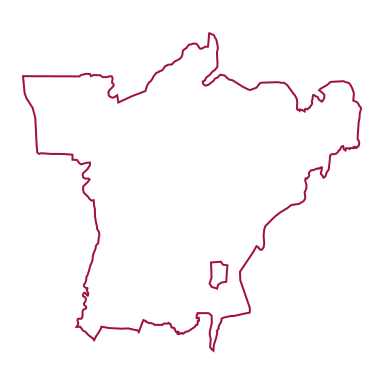 the district of Kailo, Maniema, Democratic Republic of the Congo
{"feature_id": "63176286B17504702690240", "entity_name": "Kailo", "entity_type": "district", "adm_level": 2, "iso_a3": "COD", "parent_name": "Democratic Republic of the Congo", "parent_adm1": "Maniema", "projection": "equal_earth", "projection_center": [25.788, -2.56], "detail": "fine", "context": "isolated", "style": "outline", "palette": "rose", "viewbox_px": 384, "rotation_deg": 0, "n_neighbors": 0, "source": "geoboundaries", "source_scale": "gbopen_adm2", "svg_char_len": 5869}
<svg xmlns="http://www.w3.org/2000/svg" viewBox="0 0 384 384"><path d="M359.8,113.1L360.9,109.4L361.0,108.5L360.7,107.4L359.5,106.0L357.7,102.9L356.5,101.9L353.3,100.6L353.9,93.1L352.1,88.1L350.8,85.5L349.2,83.2L343.2,81.2L330.5,81.9L327.4,84.8L320.8,88.6L319.1,90.1L322.6,93.0L323.9,94.3L324.4,95.1L324.3,98.0L322.4,101.3L321.5,101.6L320.8,100.6L319.3,100.1L317.6,97.1L317.0,96.6L315.8,96.4L313.9,94.9L313.2,95.0L312.8,96.1L312.5,99.1L311.8,101.2L312.2,103.1L312.1,103.8L311.3,105.2L310.2,106.4L310.0,107.4L309.1,107.8L307.4,109.4L306.1,108.8L305.5,108.8L305.0,109.4L304.7,111.4L303.7,110.7L302.9,110.6L302.2,109.8L300.1,110.4L300.0,109.5L299.6,109.5L299.3,110.6L298.5,109.6L297.7,109.8L297.1,109.2L297.0,106.3L297.3,102.5L296.7,98.7L294.7,95.0L293.8,94.2L287.3,85.2L284.1,82.8L281.1,82.8L279.2,82.3L276.5,82.2L261.3,82.7L259.8,83.3L256.6,87.6L250.2,90.0L248.5,89.6L242.9,86.8L232.4,80.2L229.2,79.6L226.4,77.3L224.9,75.6L220.3,74.7L217.6,77.5L215.0,78.7L214.5,79.1L213.9,80.5L208.4,84.8L205.7,85.6L204.4,85.2L203.0,83.6L202.8,81.4L203.9,81.1L205.0,80.2L205.5,78.9L206.6,77.2L209.6,75.0L213.1,71.0L214.7,70.2L217.4,66.8L217.5,62.8L216.9,52.7L217.9,48.1L216.9,41.8L216.0,39.0L214.8,37.4L214.2,35.6L213.5,34.9L210.9,34.0L210.3,33.4L209.2,33.3L208.0,46.7L205.0,46.8L201.7,48.7L200.0,48.6L199.6,48.2L197.4,44.8L196.4,43.9L195.6,43.6L192.9,43.7L191.1,44.4L189.6,44.5L188.6,45.0L186.5,47.9L183.3,50.2L182.8,51.0L182.3,55.1L181.8,56.4L180.2,58.5L177.6,60.1L175.3,61.1L173.7,62.3L172.0,64.4L167.6,64.8L166.4,65.8L165.3,66.0L162.6,69.9L162.1,70.4L159.6,71.2L158.4,72.2L157.1,72.5L156.4,72.9L153.7,76.1L152.4,78.8L150.7,81.2L149.2,82.3L148.0,84.1L146.6,86.9L145.5,91.0L131.7,96.3L118.3,102.5L117.2,95.3L114.1,97.3L112.4,97.7L110.2,96.8L108.8,95.6L108.7,93.8L108.3,92.5L109.2,90.4L112.8,86.8L113.7,85.6L113.5,84.1L112.2,82.9L112.0,82.0L112.6,78.6L112.0,76.6L110.7,76.1L106.5,77.1L102.7,77.1L100.3,75.3L95.6,75.1L92.8,75.2L91.0,76.2L90.0,74.1L86.3,73.8L81.2,75.0L80.3,75.5L79.5,76.4L23.0,76.2L24.6,93.0L26.5,98.3L32.7,108.0L35.3,118.0L36.6,144.6L37.3,152.6L39.1,153.9L41.1,153.2L50.7,153.9L63.2,154.0L71.7,154.6L72.5,154.9L72.5,159.7L76.9,159.9L79.6,163.4L81.1,164.3L86.6,162.8L89.9,162.5L90.0,165.0L87.6,169.0L83.4,173.0L82.6,174.6L83.1,177.3L85.4,178.7L88.3,178.5L89.6,179.4L87.8,182.0L83.3,186.3L83.0,189.2L83.7,192.5L88.1,196.8L89.7,199.1L91.4,200.6L93.7,200.2L94.2,206.3L95.0,209.3L94.8,211.6L95.1,213.8L94.9,216.2L95.6,219.5L95.6,220.6L96.9,226.3L97.1,228.7L99.1,232.4L99.4,235.0L98.8,237.6L98.3,242.3L98.0,243.5L96.7,244.7L95.8,246.3L95.6,248.4L93.5,253.6L92.9,255.7L92.4,260.8L90.2,266.0L89.1,270.4L87.6,274.9L86.4,277.1L86.2,280.0L85.2,283.2L84.1,284.4L83.8,285.0L83.9,286.1L84.5,286.9L85.5,287.7L87.4,288.1L87.5,288.5L86.8,289.5L86.8,290.1L88.2,293.3L88.1,295.0L87.8,295.7L87.3,295.6L85.5,293.3L84.8,292.8L84.1,292.8L83.3,293.9L82.9,295.0L83.0,295.7L83.4,296.4L84.9,297.1L85.6,297.9L85.8,298.6L85.8,299.9L85.5,301.3L84.0,303.4L83.9,304.3L84.1,304.8L86.2,306.9L86.2,307.8L85.7,308.7L83.8,309.4L82.7,310.7L82.5,312.8L82.6,314.9L82.3,317.1L82.0,318.0L81.3,318.7L78.2,318.8L77.7,319.2L77.5,320.4L78.3,323.7L77.9,324.8L76.6,326.9L80.1,326.7L81.6,328.5L82.7,330.4L85.3,331.7L88.2,334.8L90.7,336.9L92.3,337.8L94.1,340.2L96.1,336.2L98.7,332.5L100.8,328.7L101.5,326.7L109.5,328.1L121.7,328.7L128.2,328.4L136.1,330.2L137.3,330.1L138.8,332.1L142.2,322.9L143.4,320.1L144.1,320.5L145.6,320.8L145.6,321.4L146.3,322.0L147.6,322.3L149.0,323.1L151.3,323.2L153.8,324.1L154.9,325.1L157.2,324.7L159.2,325.0L161.8,324.7L162.4,325.0L163.2,324.0L164.2,323.5L167.6,323.6L168.7,322.9L169.1,323.1L169.4,323.7L170.5,324.1L171.1,326.5L171.6,327.4L172.7,327.5L173.1,328.0L174.1,327.9L174.5,328.3L174.9,329.1L174.7,329.8L175.6,331.0L175.9,331.8L176.4,332.1L177.2,331.7L178.6,331.9L178.6,332.3L177.4,333.0L177.5,333.8L178.5,334.2L180.0,333.9L181.3,333.0L182.0,333.0L183.0,333.8L185.0,332.4L185.6,331.8L188.2,331.3L195.0,326.7L195.6,325.3L196.0,325.0L197.1,325.0L197.8,323.1L197.6,321.3L197.8,321.0L198.9,320.9L199.1,320.5L198.8,317.9L197.2,318.4L196.5,318.0L196.8,316.8L196.6,315.3L197.5,314.1L197.5,313.1L206.8,313.1L208.9,313.3L211.6,315.6L211.8,323.1L209.8,331.7L209.7,334.4L210.7,339.2L210.1,347.2L211.8,349.4L213.4,350.7L213.9,344.8L216.0,338.4L217.2,333.4L217.1,331.7L216.8,331.2L218.7,328.4L218.7,327.6L218.5,327.1L219.3,324.9L220.8,322.6L221.4,320.7L221.6,318.6L223.7,317.6L231.0,316.0L233.7,316.0L244.9,313.5L249.2,312.8L249.8,312.2L249.8,307.9L240.3,280.3L240.0,271.7L252.6,253.0L256.5,246.2L258.2,247.0L258.5,247.4L258.5,247.9L259.4,248.6L259.5,249.1L260.7,249.8L262.0,249.7L263.7,247.1L264.2,243.5L263.6,235.6L264.2,229.7L265.4,226.0L274.9,216.6L280.4,212.3L287.1,208.3L291.3,205.0L299.1,203.9L303.7,201.0L305.2,198.5L305.2,196.5L304.6,192.6L304.8,191.6L305.6,190.5L306.2,188.8L306.5,186.7L306.4,185.1L306.1,183.6L305.2,180.7L305.5,178.8L305.6,178.4L306.9,178.7L307.3,177.9L308.6,176.9L309.2,175.8L309.2,175.1L308.8,173.6L309.1,172.5L310.7,170.7L311.7,170.1L313.2,170.2L316.3,168.8L317.6,168.5L318.3,168.8L318.7,168.3L319.8,168.3L320.5,167.5L321.9,167.4L322.0,167.9L321.7,169.6L320.8,173.5L321.1,174.3L322.1,175.1L323.5,177.7L325.3,176.5L327.0,171.8L328.7,169.7L329.9,159.0L329.9,157.9L330.2,155.5L330.6,154.9L332.1,154.1L334.2,154.2L336.6,153.4L338.0,151.8L339.2,150.1L340.1,149.8L340.9,147.5L342.2,146.2L343.2,146.1L343.6,148.4L344.1,149.5L344.9,149.8L345.4,150.5L345.6,150.3L345.6,149.1L346.1,148.2L348.4,148.5L348.9,148.2L349.7,149.0L350.6,148.0L353.1,148.2L353.5,147.1L353.9,147.0L354.3,148.0L354.8,148.0L355.3,147.1L356.6,147.9L357.1,146.8L357.6,146.8L358.0,146.3L358.4,146.3L359.1,144.7L359.2,142.8L358.6,140.5L357.7,139.3L357.6,137.8L358.6,122.9L359.6,117.2L359.8,113.1ZM211.7,286.9L209.6,283.6L211.5,277.7L211.4,272.3L211.0,262.5L220.9,261.7L222.9,264.7L227.4,265.3L226.2,281.8L221.3,282.6L218.1,284.8L217.1,288.6L211.7,286.9Z" fill="none" stroke="#9f1239" stroke-width="2"/></svg>